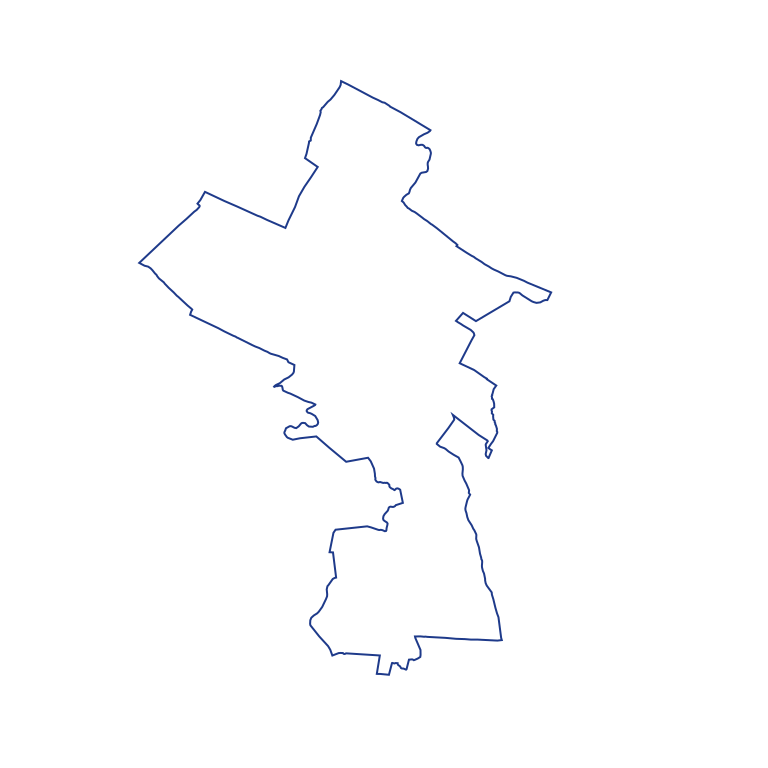 outline of Tutova, Vaslui, Romania, rotated 148°
{"feature_id": "2599482B39338540323692", "entity_name": "Tutova", "entity_type": "district", "adm_level": 2, "iso_a3": "ROU", "parent_name": "Romania", "parent_adm1": "Vaslui", "projection": "albers", "projection_center": [27.57, 46.124], "detail": "fine", "context": "isolated", "style": "outline", "palette": "blue", "viewbox_px": 768, "rotation_deg": 148, "n_neighbors": 0, "source": "geoboundaries", "source_scale": "gbopen_adm2", "svg_char_len": 6166}
<svg xmlns="http://www.w3.org/2000/svg" viewBox="0 0 768 768"><g transform="rotate(148 384 384)"><path d="M446.6,635.8L446.4,634.7L445.9,633.4L445.9,632.8L446.2,632.4L447.0,631.9L450.6,630.9L453.6,630.7L464.0,628.7L474.2,627.1L527.4,616.4L524.4,611.2L521.8,608.5L520.6,605.7L520.1,603.3L519.6,599.0L519.1,597.2L519.2,595.6L518.9,592.8L516.8,586.7L516.8,585.4L515.6,579.6L513.8,573.1L512.9,568.6L512.3,567.0L509.0,554.7L507.3,549.4L507.2,548.7L509.2,547.6L511.8,545.4L494.9,519.1L491.6,513.3L486.2,504.7L484.8,502.9L484.1,501.3L483.6,500.7L475.3,487.1L473.3,484.0L470.7,480.6L467.7,475.6L465.8,473.0L464.7,470.8L463.9,469.6L458.4,463.5L456.0,459.8L453.2,456.2L453.5,453.1L449.9,447.6L453.9,442.2L455.0,441.4L457.0,440.7L461.4,440.2L466.3,440.7L471.9,439.9L476.0,440.4L477.7,440.3L478.6,440.0L478.5,439.7L476.7,439.4L475.4,438.6L474.0,438.2L471.9,436.8L471.7,436.0L472.3,434.1L472.9,432.8L472.9,431.7L470.1,427.4L468.6,425.6L464.0,418.5L460.4,412.2L457.7,408.9L455.4,406.6L453.1,403.0L453.5,402.7L455.3,402.7L462.2,403.2L463.4,402.7L463.9,402.1L463.9,400.7L463.6,399.9L462.1,398.4L461.1,396.9L459.3,393.3L459.4,388.6L460.2,386.3L461.3,385.2L462.8,384.7L464.3,384.7L465.1,385.2L467.0,385.4L470.2,387.7L471.1,389.8L471.6,392.6L473.2,393.9L474.2,394.4L475.4,394.4L478.7,393.3L481.8,393.1L483.1,394.3L484.8,397.1L485.6,397.8L486.5,398.2L490.6,398.4L492.3,397.0L494.0,395.9L494.5,395.2L494.7,393.8L494.5,390.5L494.1,389.4L490.9,385.1L484.0,382.5L469.2,375.4L464.2,359.0L457.3,338.1L436.6,329.9L436.2,325.4L437.3,317.5L439.3,312.7L440.6,310.4L441.1,308.7L441.9,307.8L442.1,307.1L442.0,305.4L441.5,304.3L440.8,303.5L439.3,303.0L437.1,300.5L435.6,299.8L434.8,299.0L434.0,298.8L433.5,298.3L432.9,295.8L433.7,294.2L433.7,293.4L433.1,291.6L432.0,290.0L431.4,288.5L431.2,288.4L429.2,288.8L428.1,288.5L427.1,287.5L426.3,285.8L431.0,273.2L438.2,275.0L439.4,274.6L440.9,274.7L441.9,275.2L443.4,276.5L444.5,276.8L445.6,276.5L447.0,275.2L448.1,274.5L452.4,273.3L454.5,272.2L456.0,270.5L456.4,269.5L456.5,268.8L456.1,267.6L454.9,265.0L454.9,263.8L455.7,262.8L458.0,260.6L459.5,258.7L460.2,258.3L461.3,258.7L462.7,260.8L463.9,262.0L465.3,262.6L466.1,263.3L471.0,269.3L473.7,272.2L502.3,286.1L505.7,284.6L519.3,270.2L516.5,268.2L527.2,245.2L528.7,245.7L530.8,245.8L537.7,242.9L539.1,242.5L541.4,240.2L543.6,235.8L544.8,234.1L547.1,232.4L554.5,227.7L560.1,225.4L562.3,224.9L566.1,224.9L569.5,224.3L571.7,222.7L573.8,219.7L574.3,218.3L572.7,204.4L570.3,191.3L570.4,187.1L571.7,181.1L565.0,179.8L563.3,178.9L561.4,177.6L561.3,176.8L560.8,176.1L559.7,175.7L558.9,175.7L531.4,156.0L543.7,142.0L543.3,141.7L540.7,140.0L533.9,134.8L525.1,143.1L524.7,143.0L523.3,141.5L522.0,141.2L520.4,140.0L520.7,139.6L520.9,138.3L520.0,136.0L520.1,134.1L519.6,133.3L518.2,132.3L516.7,130.1L516.0,130.2L508.9,137.0L506.1,135.6L505.3,134.6L505.1,134.0L504.5,133.8L500.9,133.3L497.9,133.3L496.6,134.8L494.0,139.1L492.0,152.1L491.5,153.5L486.5,150.4L483.8,148.3L483.0,148.0L481.0,146.4L466.2,136.0L457.9,129.7L450.6,124.8L445.5,121.0L440.3,117.8L423.8,106.3L419.8,104.4L419.2,106.6L410.5,125.6L409.7,129.6L408.1,135.2L405.3,143.6L404.1,148.2L403.1,150.2L403.7,158.7L403.3,161.3L402.3,163.9L401.5,165.2L399.6,170.3L399.2,173.1L398.1,176.4L397.4,177.8L395.0,181.1L394.3,182.5L394.3,183.7L393.6,185.3L392.5,189.2L390.0,195.2L388.5,201.8L387.9,203.8L385.7,207.0L385.4,207.8L384.9,212.2L385.0,213.9L384.5,217.8L384.6,223.8L383.9,227.0L382.5,230.8L381.9,233.4L381.2,235.0L380.2,236.2L375.7,240.6L374.4,241.7L369.6,244.5L369.8,246.7L368.2,248.7L368.0,249.6L367.0,256.0L366.8,259.4L366.0,264.5L365.0,266.4L362.4,269.8L361.1,272.0L360.6,273.4L360.1,277.5L359.7,282.1L362.4,287.0L365.0,292.5L366.2,296.3L367.0,297.8L369.6,301.1L371.0,305.2L370.6,305.8L352.8,312.5L343.9,316.3L343.3,316.6L342.5,318.4L342.0,321.4L330.7,290.6L326.3,281.4L326.3,280.5L329.4,279.1L330.0,278.5L332.2,273.5L334.9,270.7L335.5,269.0L334.8,265.9L334.6,265.8L333.6,266.5L327.7,270.6L328.7,272.6L329.3,274.5L325.0,276.5L321.8,277.7L313.8,282.6L313.2,283.8L313.3,284.3L312.0,286.1L311.0,289.8L311.1,290.6L310.4,291.9L310.5,292.6L309.7,294.1L310.1,295.8L308.7,298.6L307.7,300.0L308.1,302.0L306.9,303.6L306.9,304.4L306.2,305.5L302.9,305.8L301.1,308.8L300.4,310.8L299.8,313.4L300.3,314.2L299.5,315.4L299.2,316.6L298.1,317.2L297.9,317.8L297.3,318.1L293.7,321.5L289.6,323.2L294.2,333.4L294.3,333.7L293.9,334.0L295.3,336.6L300.1,348.0L308.8,361.5L286.6,374.7L281.5,377.5L280.9,379.4L280.9,380.5L281.8,383.9L285.9,391.7L287.0,394.2L288.5,397.1L289.5,399.4L279.3,402.4L272.7,388.6L233.8,387.7L230.3,390.7L225.8,392.9L224.6,392.4L221.9,390.6L220.9,389.5L219.7,385.8L214.9,375.9L213.8,374.3L211.7,372.0L208.2,370.4L204.7,370.2L202.7,369.7L201.0,368.6L193.7,373.1L208.6,393.9L210.6,397.3L215.2,403.7L219.4,408.1L222.4,410.6L223.4,411.9L227.5,418.9L230.1,422.7L231.5,425.1L232.8,428.0L235.2,432.3L236.5,435.7L239.7,442.1L240.5,444.3L241.7,446.2L244.4,451.6L249.5,462.5L248.1,463.0L248.7,465.5L249.9,468.4L256.6,488.1L258.8,493.7L259.4,494.7L261.1,499.5L262.7,502.8L263.3,504.6L265.9,511.4L266.9,513.7L268.6,516.2L269.8,519.5L270.6,520.8L270.7,522.3L271.2,524.5L271.2,527.6L271.9,529.7L271.5,530.0L269.0,531.7L267.7,532.1L264.7,532.6L261.9,532.5L260.4,533.6L259.2,534.8L257.4,536.0L250.6,538.2L241.7,543.2L240.1,543.2L236.0,541.5L234.4,541.6L232.5,543.3L231.3,545.5L230.9,546.6L229.8,548.3L228.8,549.1L226.5,550.2L222.2,554.5L221.6,555.5L221.1,557.4L220.9,558.9L221.1,559.8L221.6,560.9L222.1,561.4L223.1,561.8L223.6,562.5L223.8,563.5L223.8,564.7L224.5,566.3L225.9,567.3L228.2,568.1L229.3,569.3L229.4,570.7L229.1,571.3L227.9,572.6L225.7,574.2L223.6,574.8L217.7,574.6L213.9,574.0L210.9,574.2L210.1,574.6L225.9,605.7L231.9,616.1L231.9,616.8L234.4,622.2L236.1,623.8L238.5,627.9L241.8,632.9L255.8,657.1L259.9,663.6L262.3,660.6L264.4,659.2L273.0,655.4L278.6,653.6L282.2,653.1L288.9,651.0L290.3,651.0L291.7,650.0L293.2,649.4L293.6,648.1L295.7,646.0L303.3,640.1L315.5,631.7L317.1,629.3L319.0,629.4L320.0,628.1L327.8,620.2L331.3,617.4L325.2,603.2L336.4,598.0L347.0,593.4L356.6,588.3L365.7,581.2L378.4,573.3L384.9,568.6L396.3,585.2L400.2,591.4L402.1,593.7L414.2,611.9L422.4,623.8L434.0,641.8L442.3,637.3L446.6,635.8Z" fill="none" stroke="#1e3a8a" stroke-width="2"/></g></svg>